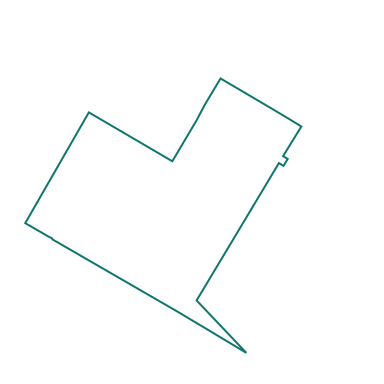 outline of Hendry, Florida, United States of America, rotated 121°
{"feature_id": "52423323B13528942112308", "entity_name": "Hendry", "entity_type": "district", "adm_level": 2, "iso_a3": "USA", "parent_name": "United States of America", "parent_adm1": "Florida", "projection": "albers", "projection_center": [-81.278, 26.606], "detail": "fine", "context": "isolated", "style": "outline", "palette": "teal", "viewbox_px": 384, "rotation_deg": 121, "n_neighbors": 0, "source": "geoboundaries", "source_scale": "gbopen_adm2", "svg_char_len": 411}
<svg xmlns="http://www.w3.org/2000/svg" viewBox="0 0 384 384"><g transform="rotate(121 192 192)"><path d="M79.5,132.0L79.4,154.0L79.7,194.1L80.0,224.1L80.0,226.0L110.7,226.0L127.9,225.0L175.8,224.7L176.9,321.4L304.6,318.9L304.1,291.6L303.8,287.9L304.5,287.2L302.0,141.4L301.9,62.6L282.6,132.2L122.4,132.4L122.5,127.0L114.4,127.0L114.4,132.4L79.5,132.0Z" fill="none" stroke="#0f766e" stroke-width="2"/></g></svg>